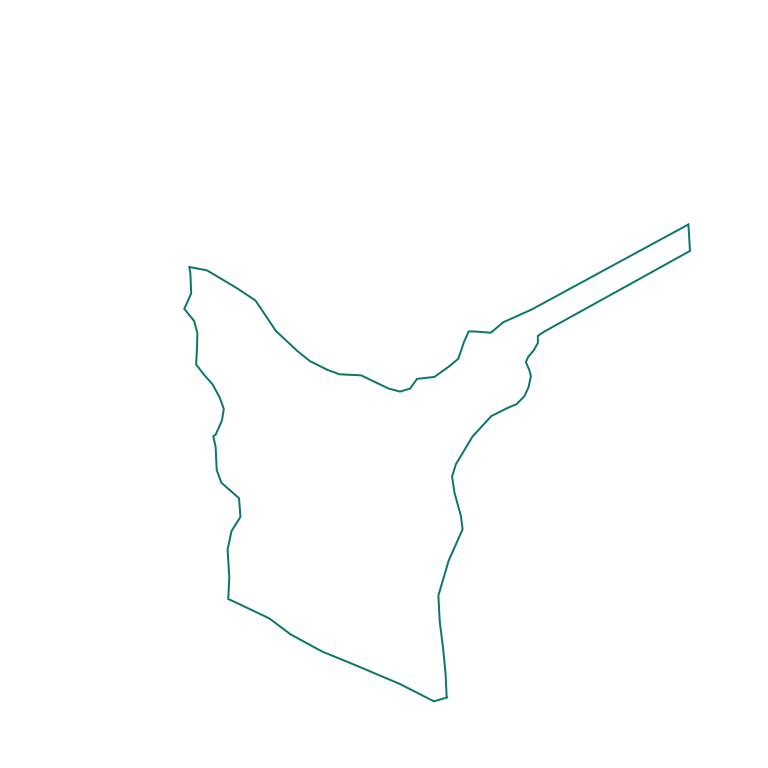 the border of Debarca, rotated 204°
{"feature_id": "MKD-2899", "entity_name": "Debarca", "entity_type": "Statistical Region", "adm_level": 1, "iso_a3": "MKD", "parent_name": "North Macedonia", "parent_adm1": "", "projection": "robinson", "projection_center": [20.833, 41.244], "detail": "fine", "context": "isolated", "style": "outline", "palette": "teal", "viewbox_px": 768, "rotation_deg": 204, "n_neighbors": 0, "source": "natural_earth", "source_scale": "10m", "svg_char_len": 1174}
<svg xmlns="http://www.w3.org/2000/svg" viewBox="0 0 768 768"><g transform="rotate(204 384 384)"><path d="M170.8,653.6L158.6,630.0L258.9,497.1L263.0,490.5L260.1,484.1L261.0,475.3L263.3,467.5L263.3,461.7L256.9,455.8L253.0,450.9L250.7,440.2L250.7,430.4L254.6,419.7L261.8,411.9L273.0,398.2L281.8,371.9L285.7,339.7L284.1,327.0L275.4,313.4L268.2,304.6L260.2,294.9L253.1,283.2L253.1,268.5L253.1,249.0L248.3,212.9L236.4,189.5L222.8,167.1L210.1,144.7L199.8,124.2L198.9,123.3L209.3,114.4L247.6,116.4L300.9,115.4L331.2,114.4L367.8,117.3L393.3,123.2L433.2,124.2L438.8,124.2L446.8,144.7L459.5,169.0L463.5,187.6L461.1,204.2L470.0,220.7L492.3,227.6L501.8,237.3L512.1,257.8L518.7,266.8L517.2,269.5L517.2,284.6L520.2,296.1L528.8,305.0L540.4,313.9L552.0,319.2L563.6,325.4L568.6,338.7L575.2,354.6L583.2,364.4L597.0,371.4L597.0,388.3L605.7,406.0L609.4,411.7L592.0,415.8L558.6,411.9L535.4,408.0L504.3,388.5L476.3,378.8L461.1,374.8L441.3,373.9L428.5,374.8L408.5,382.6L378.3,381.7L366.3,383.6L358.3,390.4L355.9,402.1L340.8,411.0L331.2,427.5L326.4,437.3L328.0,454.8L328.0,466.5L320.8,469.5L307.3,474.3L300.1,489.0L279.2,512.4L170.8,653.6Z" fill="none" stroke="#0f766e" stroke-width="2"/></g></svg>